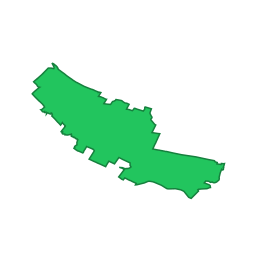 outline of Unteni, Botosani, Romania, rotated 155°
{"feature_id": "2599482B71401887627559", "entity_name": "Unteni", "entity_type": "district", "adm_level": 2, "iso_a3": "ROU", "parent_name": "Romania", "parent_adm1": "Botosani", "projection": "equal_earth", "projection_center": [26.797, 47.801], "detail": "fine", "context": "isolated", "style": "filled", "palette": "green", "viewbox_px": 256, "rotation_deg": 155, "n_neighbors": 0, "source": "geoboundaries", "source_scale": "gbopen_adm2", "svg_char_len": 5695}
<svg xmlns="http://www.w3.org/2000/svg" viewBox="0 0 256 256"><g transform="rotate(155 128 128)"><path d="M182.3,213.3L182.2,213.2L188.6,211.3L188.6,211.2L189.4,210.9L189.5,211.1L190.2,210.9L190.8,210.7L192.1,210.4L192.9,210.1L194.0,209.8L193.7,208.7L193.0,207.2L192.6,206.1L192.3,204.6L192.4,204.3L192.3,203.8L191.9,203.1L191.6,202.9L191.3,202.6L190.9,202.3L191.8,202.2L192.2,202.0L192.5,201.8L192.9,201.8L196.7,200.8L199.2,200.0L200.1,199.5L200.4,199.4L199.1,195.3L197.5,190.9L197.0,189.6L196.6,188.9L195.3,185.5L195.2,184.7L194.8,183.3L194.9,183.0L194.9,182.5L194.8,182.2L197.8,181.3L198.4,181.2L199.1,181.4L199.3,181.4L198.9,180.7L198.8,179.8L198.6,178.9L197.7,178.3L197.4,178.2L196.9,178.2L197.1,177.9L197.2,177.5L197.1,177.3L196.4,177.2L196.2,176.9L195.6,176.9L195.7,176.5L195.5,176.0L195.5,175.8L195.9,175.2L195.3,175.5L194.4,175.8L193.3,174.2L193.0,174.0L192.9,174.0L192.8,173.9L192.7,173.8L192.5,173.7L192.1,173.3L191.3,173.8L191.2,174.0L190.9,173.6L191.1,173.3L191.1,173.1L190.9,173.0L191.0,172.2L191.0,171.8L191.1,171.6L191.4,171.4L191.9,171.2L192.0,171.1L191.7,170.5L190.5,167.2L189.2,162.9L188.8,162.0L187.9,159.1L185.2,160.6L185.2,160.0L185.2,159.8L184.9,159.3L184.7,158.9L184.7,158.7L184.7,158.4L184.2,157.4L184.1,156.9L184.0,156.6L184.5,156.3L184.4,155.9L189.4,153.4L190.2,152.9L189.7,152.1L188.9,152.0L189.0,151.8L189.9,151.1L189.9,150.7L189.8,150.3L188.8,149.7L187.8,149.1L187.8,148.8L187.8,148.7L187.9,148.4L187.7,148.4L187.4,148.1L187.0,148.0L186.3,147.4L185.1,147.0L183.5,146.7L183.0,146.5L182.0,146.4L182.1,146.2L182.4,146.2L182.7,145.9L182.1,145.2L182.8,144.4L182.3,143.9L182.0,143.4L181.2,142.9L181.1,142.7L181.1,142.4L180.7,142.4L180.3,141.9L180.2,141.6L180.2,141.4L180.0,141.1L180.1,140.9L179.6,140.5L179.6,140.4L179.4,140.1L179.5,139.9L179.2,139.6L178.6,139.4L178.5,138.8L178.4,138.7L178.8,138.1L179.3,137.9L179.9,137.0L180.2,136.7L180.6,136.2L180.7,135.8L181.1,135.1L181.3,134.3L182.1,134.3L182.7,134.1L183.1,134.1L183.3,134.1L183.7,133.9L184.1,133.8L184.2,133.7L184.4,133.5L184.3,133.1L184.4,132.9L184.9,132.9L185.4,132.6L185.6,132.4L185.3,132.0L185.1,131.8L184.9,131.0L183.8,129.4L183.5,128.7L182.5,127.9L179.5,124.5L178.9,124.7L178.7,124.8L178.2,125.3L177.5,126.0L175.9,126.9L173.3,128.7L173.1,128.4L172.3,127.6L170.6,125.8L170.0,125.1L169.8,124.8L169.1,124.1L168.8,124.0L168.8,123.5L168.4,122.8L168.1,121.8L168.2,121.5L176.4,116.2L174.7,114.2L172.9,112.0L171.5,110.5L170.6,109.3L168.4,106.9L167.3,105.6L164.6,102.4L163.3,103.4L159.4,106.0L155.4,101.2L148.7,105.1L145.9,101.5L141.8,96.6L141.1,95.9L140.9,95.6L140.9,95.4L141.1,95.1L141.3,94.3L141.5,94.0L141.8,93.7L141.9,93.4L141.8,92.9L141.9,92.6L141.8,92.1L141.7,91.7L141.8,91.4L142.4,91.3L142.8,91.2L143.6,91.0L143.9,91.1L144.7,91.2L145.4,91.5L145.9,91.5L146.4,91.9L147.7,92.3L148.5,93.0L149.8,94.4L150.4,94.8L151.3,95.1L151.9,95.7L152.0,95.6L151.8,95.4L151.3,94.9L151.0,94.7L150.5,94.2L150.2,93.9L149.7,93.2L149.5,92.6L149.3,92.1L149.1,91.8L155.4,88.5L157.1,87.6L155.9,85.4L155.3,84.2L154.2,83.0L153.6,83.4L153.2,83.5L152.0,84.1L150.9,82.8L149.5,80.9L148.3,79.5L147.5,78.8L146.8,77.7L145.9,76.7L143.9,74.3L145.3,73.3L144.8,73.1L143.5,72.7L140.4,72.1L136.3,71.3L133.0,71.2L131.8,71.0L130.6,70.4L128.4,68.9L127.3,67.9L122.2,62.3L121.4,61.2L120.0,59.0L118.6,56.9L118.2,56.4L116.6,55.5L110.6,52.9L106.2,49.6L104.1,47.0L102.4,40.0L102.2,39.4L100.5,37.5L90.7,41.1L90.9,42.5L90.1,42.7L87.2,41.7L82.0,39.6L79.5,39.5L78.4,39.2L77.9,41.2L78.5,42.3L81.1,45.0L82.1,46.0L80.0,47.1L77.3,45.6L76.8,44.8L76.4,44.0L75.6,43.7L74.5,43.5L74.2,42.9L73.5,42.2L72.4,41.7L70.3,41.6L69.5,42.0L68.0,42.2L67.1,42.9L66.5,43.9L66.3,44.7L63.7,48.0L62.4,49.3L60.6,51.0L60.3,50.4L59.9,49.9L59.4,50.0L59.0,50.2L58.4,51.4L58.2,51.5L57.9,51.9L58.2,52.1L57.1,53.3L56.9,53.4L56.4,54.0L55.6,55.0L56.4,55.2L58.4,56.4L59.1,55.6L62.6,57.9L61.7,59.0L63.0,60.2L63.2,60.4L63.3,60.6L63.5,60.9L63.4,61.2L63.4,61.6L63.7,62.0L68.7,65.6L78.6,73.1L90.7,81.1L98.1,86.6L103.1,90.5L103.7,90.7L105.2,91.9L106.2,92.6L106.9,93.2L107.1,93.2L108.9,94.6L110.3,95.5L114.4,98.5L113.7,99.1L111.3,101.2L109.8,102.4L109.3,102.7L107.9,104.0L105.4,106.1L104.6,106.9L104.0,107.3L101.6,109.4L103.3,110.4L108.2,113.7L101.6,119.0L102.0,119.5L102.4,120.4L103.2,123.5L103.6,125.0L103.7,125.5L103.8,125.8L103.6,126.3L103.4,126.5L103.2,126.6L102.6,126.8L102.2,127.0L101.7,127.6L101.7,128.0L101.9,129.3L101.9,130.4L101.9,131.8L101.8,132.3L101.5,132.7L98.7,135.5L103.3,139.6L103.7,139.8L103.9,139.7L104.0,139.6L104.2,139.4L104.4,139.1L104.9,138.0L107.0,136.9L112.0,141.4L113.2,142.7L114.0,143.2L115.6,142.3L116.8,141.9L119.2,144.2L120.4,145.1L121.4,145.6L121.0,146.0L120.4,146.5L117.0,149.0L117.9,150.1L118.1,150.4L118.7,151.0L119.8,151.7L120.2,152.0L120.8,152.9L121.6,154.3L121.9,155.1L122.4,155.7L124.9,157.5L125.4,157.9L126.0,158.2L126.8,158.9L127.7,158.4L127.9,158.3L129.9,158.3L130.8,158.5L133.9,156.7L134.8,157.3L136.3,158.1L137.9,159.1L139.6,160.3L138.8,160.9L138.1,161.2L137.7,161.6L137.0,162.0L136.3,162.4L135.4,163.1L135.8,163.3L137.1,164.9L137.7,165.8L138.9,167.0L139.5,167.8L141.4,169.1L137.6,171.6L138.7,172.5L139.3,172.8L139.9,172.8L139.8,173.2L139.9,173.4L142.1,175.7L142.4,176.2L143.8,177.8L145.2,179.0L150.1,184.2L155.0,190.7L155.6,191.3L157.9,195.0L158.1,195.3L158.1,195.5L160.4,199.4L161.8,201.9L161.9,202.2L162.0,202.5L162.9,204.3L164.1,206.4L165.5,209.0L166.0,209.9L166.5,211.3L166.2,211.8L166.3,212.2L166.5,212.8L166.4,213.4L167.1,215.3L167.6,216.0L167.8,216.7L168.6,218.0L169.1,218.5L169.5,218.3L169.2,217.6L169.4,217.1L169.4,216.7L169.1,215.8L169.4,215.4L169.3,214.6L169.4,214.2L169.7,213.6L170.1,213.2L170.7,213.5L171.1,213.9L171.4,214.0L171.6,214.3L172.0,214.4L172.3,214.8L175.0,216.0L182.3,213.3Z" fill="#22c55e" stroke="#15803d" stroke-width="1.5"/></g></svg>